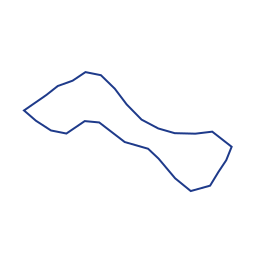 the district of Ella Keryneias, Cyprus, rotated 106°
{"feature_id": "46923920B40684211252077", "entity_name": "Ella Keryneias", "entity_type": "district", "adm_level": 2, "iso_a3": "CYP", "parent_name": "Cyprus", "parent_adm1": "", "projection": "equal_earth", "projection_center": [33.219, 35.339], "detail": "fine", "context": "isolated", "style": "outline", "palette": "blue", "viewbox_px": 256, "rotation_deg": 106, "n_neighbors": 0, "source": "geoboundaries", "source_scale": "gbopen_adm2", "svg_char_len": 486}
<svg xmlns="http://www.w3.org/2000/svg" viewBox="0 0 256 256"><g transform="rotate(106 128 128)"><path d="M84.7,168.6L86.0,184.3L97.8,194.3L107.0,207.1L118.8,215.6L139.8,232.8L146.4,218.5L151.6,201.4L150.3,185.7L133.3,171.5L130.6,157.2L142.4,127.3L142.4,103.0L149.0,90.2L163.4,68.8L171.3,50.3L160.8,33.2L145.1,28.9L131.9,24.7L117.5,23.2L108.3,46.0L114.9,61.7L120.1,81.7L120.1,98.8L116.2,117.3L105.7,135.8L93.9,151.5L84.7,168.6Z" fill="none" stroke="#1e3a8a" stroke-width="2"/></g></svg>